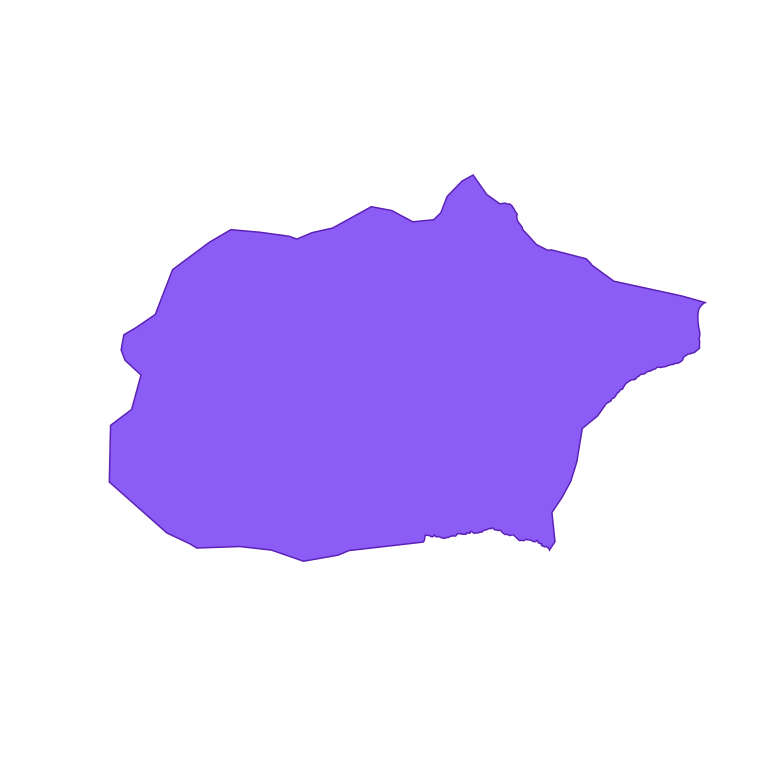 Ider, Dzavhan, Mongolia, rotated 123°
{"feature_id": "93677404B17775092905458", "entity_name": "Ider", "entity_type": "district", "adm_level": 2, "iso_a3": "MNG", "parent_name": "Mongolia", "parent_adm1": "Dzavhan", "projection": "orthographic", "projection_center": [97.467, 48.187], "detail": "fine", "context": "isolated", "style": "filled", "palette": "violet", "viewbox_px": 768, "rotation_deg": 123, "n_neighbors": 0, "source": "geoboundaries", "source_scale": "gbopen_adm2", "svg_char_len": 6087}
<svg xmlns="http://www.w3.org/2000/svg" viewBox="0 0 768 768"><g transform="rotate(123 384 384)"><path d="M484.4,629.0L498.6,623.0L505.2,614.0L508.8,592.7L542.8,581.8L567.6,590.8L615.8,561.0L627.2,485.0L623.8,460.1L623.5,451.6L598.9,416.5L584.6,387.9L576.5,355.0L552.3,329.1L542.9,322.8L495.7,265.6L494.9,264.9L493.9,265.0L492.6,265.2L491.7,265.6L491.2,265.9L490.6,266.2L488.6,267.0L488.3,266.9L488.2,266.5L488.0,266.2L487.8,266.0L487.4,265.8L487.2,265.6L486.7,264.1L486.4,263.3L486.4,261.9L486.2,261.1L485.8,260.4L485.6,260.0L485.0,259.7L484.6,259.6L484.2,259.5L483.5,259.6L483.3,259.5L483.2,259.3L483.6,257.8L483.6,257.1L483.5,256.5L483.3,256.2L482.9,255.7L482.6,255.5L482.0,255.1L481.8,254.9L481.9,253.6L481.9,253.0L481.8,252.5L481.7,252.1L481.4,251.7L481.3,251.4L481.1,250.9L480.9,250.1L480.4,249.2L479.7,248.5L478.9,248.0L478.6,247.8L478.4,247.4L478.1,247.0L477.4,246.3L476.0,245.5L475.4,245.3L475.2,245.0L474.9,244.5L474.5,244.1L474.3,243.9L473.8,243.9L473.6,243.7L473.4,242.5L473.2,242.0L472.9,241.6L472.5,241.3L472.3,241.1L471.6,241.0L471.4,241.0L470.6,241.1L470.3,241.1L470.0,240.8L469.7,240.6L469.3,240.4L469.1,240.4L468.8,240.2L468.7,240.0L468.6,239.4L468.2,238.6L468.0,238.3L467.7,238.2L467.6,237.8L467.6,237.4L467.5,236.7L467.0,235.9L466.0,234.9L465.9,234.5L465.9,234.0L465.5,233.6L465.3,233.4L464.8,233.4L464.3,233.4L464.1,233.6L463.8,233.6L463.5,233.5L463.4,233.3L463.3,232.6L463.0,231.7L462.8,231.3L462.5,230.9L462.2,230.7L461.7,230.7L461.5,230.8L460.9,231.2L460.7,231.2L460.4,231.0L460.3,230.6L460.1,230.1L460.0,229.6L460.0,228.8L460.2,228.0L460.1,227.4L459.9,227.0L459.7,226.6L458.7,225.6L458.5,225.4L458.1,224.5L457.7,224.1L457.1,223.6L456.0,222.9L455.7,222.6L455.5,222.1L455.0,221.4L454.8,221.2L454.3,221.0L453.8,220.9L452.9,220.9L452.4,220.6L452.0,220.4L451.6,219.9L451.1,219.2L450.7,218.8L450.2,218.4L449.0,217.9L448.4,217.5L448.2,217.3L447.3,215.9L446.9,215.4L446.5,215.2L445.9,214.9L445.6,214.8L445.5,214.5L445.5,214.0L445.6,213.4L445.9,212.5L445.9,211.9L445.8,211.4L445.7,211.1L445.4,210.8L445.2,210.5L445.0,210.1L444.9,209.6L444.8,209.0L444.6,208.3L444.3,207.9L443.6,207.2L443.4,207.1L443.3,206.9L443.2,206.6L443.6,205.5L443.9,204.4L444.1,203.6L444.2,202.6L444.3,201.7L444.2,200.8L444.0,200.0L443.8,199.6L443.1,199.0L442.9,198.7L442.8,198.1L442.8,197.6L442.8,196.8L442.8,196.7L442.7,196.1L441.9,195.4L441.0,194.4L440.5,193.9L440.3,193.6L440.1,193.0L440.2,192.3L440.6,190.2L441.1,187.6L441.5,186.0L441.5,185.2L441.3,184.8L441.2,184.6L440.3,183.9L440.1,183.5L440.1,183.0L440.0,182.6L439.7,182.1L439.3,181.7L438.6,181.1L437.6,180.6L437.1,180.5L436.9,180.3L436.7,179.3L436.6,178.8L435.9,178.1L435.7,177.2L435.1,176.0L434.9,175.7L434.9,175.2L435.0,174.9L435.0,174.4L435.0,174.0L434.9,173.5L434.8,173.2L434.5,172.6L434.3,172.0L434.0,171.5L433.7,171.0L433.4,170.7L433.0,170.8L432.7,170.9L432.3,170.9L432.1,170.8L431.9,170.6L431.8,170.3L431.7,169.9L431.9,169.4L432.3,169.0L432.8,168.6L432.9,168.4L433.0,168.1L433.0,167.5L432.6,166.2L432.3,165.3L432.1,164.9L432.1,164.7L432.3,164.5L432.6,164.5L432.8,164.6L433.2,164.6L433.4,164.3L433.5,163.9L433.6,163.5L433.5,162.8L433.2,162.1L433.2,160.7L433.0,160.4L432.0,159.7L431.8,159.3L431.9,159.0L432.1,158.2L432.1,157.6L432.1,157.2L432.1,156.8L432.1,156.3L432.3,155.9L433.1,154.8L423.1,154.7L400.3,173.2L382.0,172.9L363.7,174.4L344.3,179.9L313.3,193.5L294.4,187.5L279.1,186.9L276.5,185.4L275.9,185.2L274.9,184.5L274.4,184.5L274.0,184.5L273.5,184.7L272.9,184.8L272.4,184.9L272.0,184.7L271.0,184.0L270.5,183.7L269.8,183.5L268.6,183.3L264.4,183.4L263.7,183.1L263.1,182.7L262.6,182.6L262.0,182.5L260.6,182.7L259.7,182.4L259.2,181.9L258.7,181.3L258.1,181.2L257.7,181.2L256.7,181.4L254.8,181.4L253.3,181.5L252.7,181.4L251.8,181.4L251.5,181.2L251.3,181.2L250.8,181.2L250.5,181.0L250.2,180.6L249.8,180.4L248.9,180.3L247.3,179.5L247.1,179.4L246.6,179.0L246.2,178.9L245.7,178.9L245.5,178.7L244.7,177.4L244.4,176.9L244.0,176.5L243.5,176.1L242.7,175.7L241.9,175.6L241.0,175.6L240.2,175.4L239.3,175.0L238.7,174.6L238.2,174.4L237.6,174.3L237.2,174.3L236.4,174.1L234.8,172.4L234.1,171.6L233.5,171.1L233.0,170.7L231.4,170.6L230.9,170.4L229.9,169.5L229.2,169.1L228.9,168.8L228.5,168.0L228.2,167.7L227.4,167.5L226.9,167.2L226.5,166.8L226.0,166.5L225.7,166.2L224.8,165.8L224.4,165.6L224.1,165.3L223.7,164.8L223.2,164.5L222.7,164.4L221.7,164.4L221.3,164.3L221.0,164.0L220.2,162.6L219.4,160.9L219.2,160.6L217.7,159.3L216.9,158.3L215.4,156.8L214.7,156.4L214.2,156.2L213.9,156.0L213.7,155.7L213.4,155.5L213.1,155.2L212.5,154.8L211.2,153.6L210.1,152.1L209.7,151.9L209.3,151.9L208.9,151.7L208.3,151.2L206.9,149.3L206.3,148.7L204.9,147.9L203.4,147.3L202.7,147.0L201.7,146.7L201.2,146.7L200.4,146.8L199.9,147.1L199.6,147.1L199.1,147.2L198.6,147.2L197.7,147.1L196.8,146.9L194.9,145.9L193.9,145.6L193.4,145.4L191.8,143.6L191.0,142.9L190.2,142.6L190.0,142.4L189.6,141.8L188.8,141.0L188.2,140.8L184.0,139.4L183.1,139.1L182.6,139.0L182.3,139.0L181.7,139.1L181.0,139.7L177.9,141.6L176.6,142.4L175.7,143.1L174.7,144.1L174.3,144.4L173.5,144.8L171.9,145.3L169.9,146.4L167.9,148.1L165.5,150.6L163.9,151.8L163.1,152.7L161.2,154.2L158.3,156.3L156.4,157.5L154.6,158.7L153.3,159.3L150.5,160.5L149.4,160.7L147.9,160.8L146.1,160.7L144.0,160.4L142.6,160.0L140.8,159.0L147.9,181.9L172.6,247.2L171.1,274.2L169.9,277.8L168.9,282.7L180.2,316.3L182.8,319.9L184.0,332.2L179.8,348.1L179.3,350.6L178.9,351.7L177.5,353.2L177.1,354.0L176.2,356.3L175.9,356.8L175.9,357.3L175.8,357.8L175.4,358.5L174.6,360.3L174.2,361.2L173.5,361.9L171.3,363.9L170.9,364.1L170.5,364.3L169.9,364.4L169.5,364.6L168.9,365.1L168.6,365.6L168.0,367.5L167.8,368.1L167.4,368.7L166.5,370.0L165.6,372.2L165.3,372.9L165.0,373.4L164.8,373.8L164.8,374.3L164.8,374.9L164.6,375.5L164.5,376.0L164.5,376.5L164.7,376.8L165.8,378.3L166.0,378.8L166.0,379.7L166.1,380.3L166.3,380.7L166.6,381.3L167.7,382.5L169.8,385.0L169.1,401.1L160.2,423.1L171.1,429.0L192.4,433.2L209.5,429.6L219.2,431.8L232.3,448.2L234.3,472.0L242.2,491.2L281.1,512.0L296.3,526.8L310.0,536.1L311.7,543.9L324.2,570.5L338.0,596.5L360.1,607.6L403.2,623.6L450.3,613.7L472.0,622.8L484.4,629.0Z" fill="#8b5cf6" stroke="#5b21b6" stroke-width="1.5"/></g></svg>